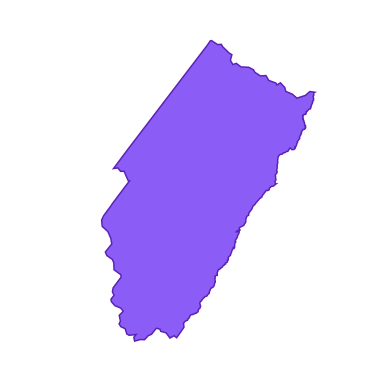 Tehama, California, United States of America (orthographic projection), rotated 127°
{"feature_id": "52423323B93817319778568", "entity_name": "Tehama", "entity_type": "district", "adm_level": 2, "iso_a3": "USA", "parent_name": "United States of America", "parent_adm1": "California", "projection": "orthographic", "projection_center": [-122.356, 40.125], "detail": "fine", "context": "isolated", "style": "filled", "palette": "violet", "viewbox_px": 384, "rotation_deg": 127, "n_neighbors": 0, "source": "geoboundaries", "source_scale": "gbopen_adm2", "svg_char_len": 5779}
<svg xmlns="http://www.w3.org/2000/svg" viewBox="0 0 384 384"><g transform="rotate(127 192 192)"><path d="M317.6,116.6L313.1,116.7L304.9,117.0L302.7,119.0L301.6,119.9L298.9,119.5L297.1,118.4L296.2,118.6L295.6,118.8L294.8,118.5L294.1,118.6L293.5,118.7L292.8,118.8L292.4,118.9L291.7,119.2L291.2,119.3L290.8,119.0L290.2,118.5L289.8,118.0L289.4,117.7L289.2,117.8L288.9,117.6L288.7,117.3L288.2,117.0L287.8,116.8L287.5,116.7L287.0,116.5L286.7,116.2L286.7,115.9L286.3,115.7L286.0,115.8L285.5,115.7L285.0,115.5L284.7,115.3L284.2,115.1L283.8,115.2L283.1,115.5L282.4,115.9L281.7,116.2L281.1,116.1L280.8,115.8L280.2,115.7L279.1,116.1L278.7,116.3L278.3,116.2L277.9,116.5L277.6,117.1L277.2,117.5L276.9,118.0L276.4,118.5L276.0,119.0L275.4,119.3L274.9,119.2L273.5,119.0L273.1,119.0L272.6,119.1L271.6,119.1L270.5,119.1L269.6,118.9L268.8,118.7L268.2,118.8L268.0,118.7L267.7,118.7L267.4,118.4L266.9,118.1L266.5,117.7L266.2,117.6L265.8,117.5L265.6,117.7L263.1,117.5L262.8,117.3L262.4,117.3L262.1,117.6L261.2,118.1L260.0,118.3L258.5,118.8L257.0,118.9L256.6,118.4L256.0,118.3L255.4,118.1L254.7,117.8L254.1,118.1L253.7,118.0L253.2,118.2L252.5,118.3L251.9,118.7L251.4,119.0L250.8,119.3L250.1,119.1L249.5,119.5L249.0,120.0L248.1,121.1L247.6,121.4L247.2,121.4L246.8,121.6L246.7,121.8L246.3,122.3L246.1,122.5L245.7,122.9L245.5,122.6L244.9,122.7L244.0,122.4L243.6,122.0L243.4,121.7L243.2,121.9L242.3,122.4L241.7,123.0L241.0,123.5L240.3,123.6L239.6,123.7L239.0,124.0L238.6,124.2L237.8,123.9L237.4,123.6L237.1,123.4L236.9,123.7L236.2,123.4L235.4,123.4L234.9,122.9L234.1,122.7L233.2,122.7L232.6,122.8L232.0,122.6L231.2,122.5L230.8,122.2L230.2,122.4L229.9,122.3L229.6,122.2L229.4,121.9L229.1,122.1L228.8,122.4L228.3,122.5L228.0,122.1L227.1,121.7L226.4,121.7L225.8,122.3L225.0,122.7L224.7,122.2L222.9,123.0L222.8,123.4L222.3,123.7L221.2,123.6L219.5,123.2L218.4,123.6L217.5,124.0L216.3,124.2L214.3,125.0L213.1,124.9L212.2,125.2L212.1,124.9L211.8,124.6L211.6,125.1L211.4,125.5L210.8,124.8L210.4,124.7L210.2,125.0L208.8,125.9L207.7,126.6L206.1,127.2L205.7,127.0L205.2,127.3L205.2,127.8L204.1,128.4L202.4,128.4L201.0,128.6L199.7,129.1L199.1,129.5L197.8,129.4L196.7,129.8L195.5,130.2L195.1,130.7L195.4,131.6L196.3,131.7L197.0,132.3L197.2,132.7L196.6,132.7L194.4,131.7L194.1,130.8L193.5,130.7L193.1,131.9L191.8,132.7L189.6,131.5L187.3,130.6L183.7,131.0L181.2,132.7L178.3,133.6L176.4,132.8L174.5,134.0L171.1,133.9L168.9,134.1L166.7,134.8L164.2,134.3L161.4,134.4L158.9,134.1L156.6,134.0L154.3,133.2L151.9,133.7L148.2,133.6L146.1,133.7L145.3,132.4L143.6,131.7L142.4,132.5L139.9,132.0L138.1,130.4L136.3,130.1L134.8,129.7L135.2,130.2L134.4,131.2L133.7,132.1L131.7,132.3L131.0,133.2L129.7,134.3L128.0,135.9L126.4,135.6L124.6,136.1L124.4,137.0L121.5,138.5L118.9,140.4L117.1,141.0L115.6,142.4L113.7,143.5L111.7,144.5L109.0,144.3L107.4,142.7L105.8,142.6L105.4,142.2L104.9,141.7L104.0,141.3L103.5,141.1L102.6,140.7L101.9,140.0L101.1,139.9L100.7,140.1L99.9,140.0L99.2,140.2L98.5,140.3L98.0,140.3L97.8,139.7L97.9,139.3L97.9,138.3L98.0,137.9L98.0,137.5L97.8,137.3L97.2,136.8L96.7,136.2L95.7,135.9L95.1,135.9L94.5,136.1L94.3,136.5L94.3,136.8L94.1,137.1L93.8,137.0L93.5,136.8L93.4,136.5L93.1,136.4L92.9,136.5L91.0,137.0L90.2,137.5L89.6,137.5L88.9,137.6L88.5,138.0L88.1,138.2L87.6,138.2L87.1,138.1L86.4,138.2L85.2,138.2L84.5,138.2L84.0,138.6L83.5,139.2L82.9,139.2L82.2,139.4L81.6,139.5L81.0,139.5L80.4,139.6L80.1,139.8L79.8,139.9L79.6,139.8L79.1,140.0L78.8,140.5L78.3,140.6L77.7,140.6L77.0,140.9L76.0,141.0L75.6,140.7L74.9,140.6L74.5,140.4L74.4,140.1L74.1,139.9L73.8,140.1L73.3,140.1L73.1,139.8L72.8,139.8L72.5,139.9L72.2,140.2L71.9,140.2L71.8,140.4L71.8,140.6L71.7,140.6L71.4,140.8L71.5,141.0L71.3,141.3L71.1,141.1L70.8,141.2L70.9,141.4L71.0,141.5L70.9,141.9L70.2,142.5L70.0,143.0L69.7,143.2L69.0,144.0L68.3,145.1L68.3,145.3L68.1,145.4L67.9,145.4L67.8,145.6L67.7,145.8L67.7,146.0L67.5,146.3L67.5,146.6L67.4,146.8L67.3,147.1L67.2,147.3L67.0,147.2L66.9,146.9L66.6,147.0L66.3,147.4L66.3,147.9L66.2,148.0L65.9,148.1L65.8,148.4L65.6,148.5L65.3,148.6L65.0,148.6L64.9,148.9L64.8,149.0L64.6,149.1L64.7,149.3L64.5,149.5L64.3,149.5L64.1,149.4L63.8,149.4L63.6,149.3L63.5,149.5L63.3,149.5L63.1,149.4L62.5,149.2L62.6,148.9L62.3,148.7L62.0,148.6L61.8,148.2L61.6,148.0L61.4,148.1L61.1,148.2L60.7,148.2L60.3,148.3L60.1,148.6L59.9,148.6L59.6,148.7L59.6,148.8L59.4,149.1L59.1,149.1L58.9,149.1L58.9,148.9L58.9,148.7L58.6,148.6L58.2,148.8L57.8,148.6L57.3,148.5L56.2,148.5L55.9,148.6L55.5,148.5L55.3,148.4L54.8,147.8L54.5,147.6L54.3,147.5L54.1,147.6L53.9,147.8L53.5,147.9L53.1,147.8L52.9,147.9L52.7,148.1L52.4,148.3L52.3,148.2L52.1,148.3L52.0,148.5L51.6,148.6L51.3,148.7L50.8,148.8L50.6,149.0L50.4,149.1L50.2,149.0L49.7,149.1L47.9,149.5L47.5,150.2L46.4,150.3L45.9,150.0L45.2,150.4L44.8,150.9L44.0,151.2L43.4,152.2L42.7,152.9L41.7,152.8L41.2,153.4L39.4,154.3L38.4,153.9L40.8,158.3L46.7,159.6L53.9,164.7L53.5,170.9L55.2,177.6L52.7,180.9L51.6,187.1L55.4,188.6L54.5,190.7L56.7,197.8L54.5,203.0L58.1,207.2L58.6,213.7L57.4,216.5L58.2,221.6L61.3,226.3L62.6,227.9L62.6,234.0L65.6,236.1L63.7,240.6L58.3,242.8L58.7,245.9L57.5,255.1L56.4,257.4L58.9,260.3L59.3,267.6L60.4,268.4L65.0,268.1L196.8,268.9L220.5,268.8L217.4,265.7L218.5,261.5L216.3,258.7L221.5,249.5L220.7,248.6L249.5,248.6L251.5,248.4L263.9,248.3L268.8,247.3L273.5,243.0L274.2,235.5L277.9,228.9L281.8,224.8L292.1,225.1L294.0,221.7L293.8,215.0L295.6,211.8L301.0,207.5L300.9,199.1L302.5,197.4L316.1,197.3L319.6,195.5L321.4,192.1L326.4,192.2L328.1,190.4L329.2,185.2L327.6,179.1L328.6,175.1L334.3,175.9L338.3,171.4L341.2,170.9L342.4,167.8L341.4,163.1L344.6,158.7L344.3,156.0L339.5,150.9L343.1,151.0L345.6,148.1L340.9,144.4L338.5,141.0L333.1,140.5L330.0,138.7L322.3,138.5L320.8,135.0L322.1,133.2L320.1,128.0L321.9,121.7L317.6,119.8L317.6,116.6Z" fill="#8b5cf6" stroke="#5b21b6" stroke-width="1.5"/></g></svg>